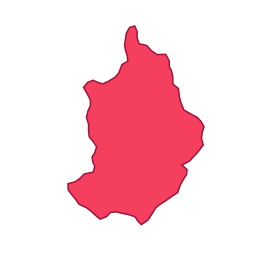 outline of Cachoeira da Prata, Minas Gerais, Brazil, rotated 255°
{"feature_id": "56859067B45103194459434", "entity_name": "Cachoeira da Prata", "entity_type": "district", "adm_level": 2, "iso_a3": "BRA", "parent_name": "Brazil", "parent_adm1": "Minas Gerais", "projection": "orthographic", "projection_center": [-44.468, -19.513], "detail": "fine", "context": "isolated", "style": "filled", "palette": "rose", "viewbox_px": 256, "rotation_deg": 255, "n_neighbors": 0, "source": "geoboundaries", "source_scale": "gbopen_adm2", "svg_char_len": 1193}
<svg xmlns="http://www.w3.org/2000/svg" viewBox="0 0 256 256"><g transform="rotate(255 128 128)"><path d="M158.8,182.7L165.2,184.4L171.9,184.8L176.8,183.8L182.1,185.2L189.4,183.5L191.4,175.1L196.8,170.5L202.9,167.4L206.5,160.6L212.9,160.1L218.6,161.8L224.8,160.9L224.7,155.6L219.8,150.8L213.4,148.1L208.9,146.2L203.7,145.7L198.1,146.0L192.6,145.1L190.9,138.6L183.7,133.5L180.3,128.5L178.0,120.3L177.2,114.7L180.1,110.5L183.2,106.4L182.4,100.7L178.8,95.6L171.9,97.4L165.0,98.9L159.5,97.5L154.7,93.7L149.0,90.6L141.9,90.9L134.9,89.0L129.3,88.3L123.7,90.9L118.0,92.8L112.8,89.5L109.3,85.8L104.4,85.2L99.7,86.0L94.4,83.1L94.9,73.8L91.6,68.1L89.8,63.1L89.7,55.6L83.6,54.2L79.0,56.1L73.1,58.7L66.9,61.0L62.1,66.9L56.9,71.0L52.0,74.0L47.2,77.5L47.9,84.3L51.0,89.2L50.0,95.1L47.2,100.1L44.6,105.3L40.5,111.8L35.9,113.3L31.2,115.8L33.8,123.3L38.4,128.5L43.5,134.0L45.8,138.6L47.6,144.6L50.5,152.5L52.8,159.3L59.2,163.6L64.1,168.3L67.7,172.4L72.6,174.3L78.2,170.4L80.2,179.1L83.1,183.5L86.7,189.3L92.1,196.3L99.0,196.3L104.4,198.5L109.8,201.8L115.7,200.1L120.3,197.7L124.6,193.0L130.8,186.7L138.3,185.7L144.7,185.7L153.1,186.9L158.8,182.7Z" fill="#f43f5e" stroke="#9f1239" stroke-width="1.5"/></g></svg>